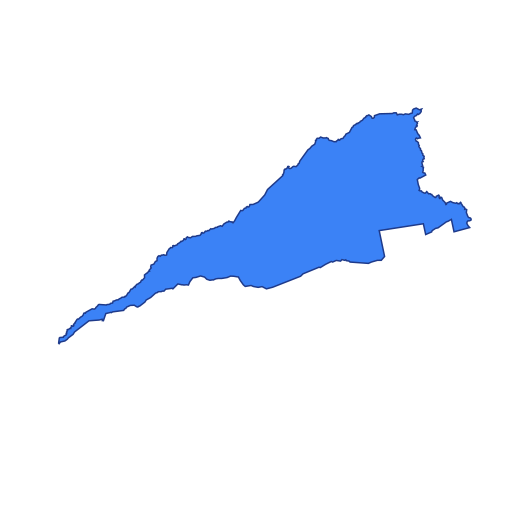 outline of Ancasti, Catamarca, Argentina, rotated 62°
{"feature_id": "61730980B28877560844945", "entity_name": "Ancasti", "entity_type": "district", "adm_level": 2, "iso_a3": "ARG", "parent_name": "Argentina", "parent_adm1": "Catamarca", "projection": "albers", "projection_center": [-65.553, -29.088], "detail": "fine", "context": "isolated", "style": "filled", "palette": "blue", "viewbox_px": 512, "rotation_deg": 62, "n_neighbors": 0, "source": "geoboundaries", "source_scale": "gbopen_adm2", "svg_char_len": 5997}
<svg xmlns="http://www.w3.org/2000/svg" viewBox="0 0 512 512"><g transform="rotate(62 256 256)"><path d="M331.2,54.0L328.6,54.6L325.9,54.5L324.8,53.3L324.5,52.3L325.1,51.1L325.3,49.7L325.1,49.1L324.1,48.7L323.2,48.8L321.8,50.2L320.7,50.4L316.4,49.9L314.0,48.2L312.8,49.0L312.7,49.8L311.8,49.2L310.7,49.1L309.7,49.9L306.6,50.1L305.5,50.5L305.1,50.0L304.6,50.2L305.3,52.3L304.6,52.7L304.4,53.4L303.2,53.7L303.2,54.9L301.2,57.2L299.1,58.6L298.8,63.0L299.8,63.6L299.7,64.2L297.6,63.9L294.3,64.9L291.5,64.6L290.8,65.3L291.6,66.5L291.4,66.9L290.5,66.9L288.9,66.0L288.0,66.1L287.9,68.8L288.7,69.7L288.5,70.4L285.4,71.9L284.2,71.9L283.6,72.7L282.7,73.0L282.1,74.4L279.3,75.0L280.0,76.9L279.6,77.7L277.5,79.3L276.2,79.4L275.5,80.6L274.6,81.2L273.8,80.1L272.8,79.7L269.2,79.2L264.2,77.7L263.6,75.1L264.2,74.7L264.2,68.1L262.0,68.0L261.0,69.3L260.3,69.5L259.1,68.3L257.5,67.5L257.1,67.4L256.9,67.8L257.0,67.0L256.3,66.5L254.8,67.4L254.9,66.7L254.4,66.4L251.9,65.9L250.9,65.3L251.1,64.1L250.2,64.1L249.0,63.3L249.1,61.8L248.0,61.6L246.9,60.7L245.4,61.4L244.2,60.7L243.1,61.1L240.7,60.5L239.6,61.0L238.6,60.4L236.2,60.8L235.5,60.7L235.1,60.0L233.6,60.1L232.1,59.4L230.4,60.0L230.0,60.6L228.0,60.5L227.2,59.7L227.2,58.8L228.3,58.3L228.2,57.5L228.9,55.4L225.8,55.2L225.2,55.6L223.2,55.7L219.8,55.4L219.0,56.5L217.6,55.1L217.0,53.7L217.2,53.1L216.6,52.5L215.9,52.9L214.7,51.2L213.7,51.2L213.5,50.7L213.3,51.4L212.1,51.6L211.2,52.4L209.8,51.9L208.8,52.1L207.7,51.8L207.0,49.7L207.3,48.9L206.5,46.8L207.2,46.5L207.1,44.5L206.1,42.4L204.4,41.5L204.0,40.8L203.8,41.6L204.2,42.3L203.5,43.1L200.6,45.1L200.2,47.9L200.7,49.3L203.0,50.8L203.2,51.4L202.7,52.3L202.7,54.5L200.6,57.5L200.5,59.4L199.1,61.0L198.1,62.9L197.7,65.0L195.5,64.9L195.2,65.4L194.3,67.1L194.2,68.7L188.5,80.1L187.7,85.5L189.2,86.5L189.4,87.9L188.9,88.8L187.0,88.7L184.4,90.1L184.4,92.1L184.1,92.4L184.6,93.9L185.1,94.1L185.0,96.0L186.1,98.3L186.1,100.7L186.7,101.8L186.5,103.4L186.9,104.0L186.3,104.6L186.5,106.0L186.8,106.3L186.6,108.0L186.8,108.9L187.5,109.5L187.6,110.9L190.7,115.5L190.6,119.4L191.7,120.9L191.9,122.0L193.0,124.0L192.4,125.8L193.0,127.9L192.5,128.4L191.9,128.3L191.7,128.8L192.2,129.3L192.3,131.1L192.7,131.5L191.7,133.5L189.6,135.2L188.3,137.0L187.0,137.3L186.2,137.0L184.5,138.3L184.6,138.8L183.3,141.3L181.3,143.1L181.7,145.0L180.8,146.7L181.3,147.9L182.0,148.2L181.9,149.2L183.1,149.7L184.9,151.7L185.2,155.1L186.4,158.1L186.6,160.2L192.8,172.8L194.4,174.4L194.4,175.4L195.2,176.2L195.9,178.6L194.5,180.6L194.4,181.5L195.0,183.7L194.7,185.1L193.3,186.1L192.5,184.9L192.0,185.4L191.9,186.0L192.7,186.6L193.3,188.9L192.8,189.5L193.4,190.5L193.3,190.8L195.3,192.1L196.7,193.7L196.8,194.4L197.6,194.6L202.7,214.6L206.2,219.6L209.3,228.1L209.5,229.2L209.1,234.4L207.7,237.2L208.8,238.3L209.3,239.2L208.8,240.2L208.2,240.5L208.3,241.7L208.9,242.2L208.5,243.9L209.6,246.3L209.4,247.2L208.6,248.1L212.7,255.1L215.0,258.5L215.9,260.7L215.2,261.2L214.8,261.0L213.4,263.0L212.4,263.5L212.9,264.9L212.4,265.7L212.6,269.3L213.9,272.0L212.7,273.0L212.2,276.0L212.5,276.6L211.7,278.6L212.1,279.6L211.3,282.6L210.7,283.1L211.5,285.8L210.9,286.5L211.0,287.5L210.7,288.9L210.3,289.1L211.2,291.2L210.8,292.3L210.0,292.5L209.9,293.1L210.4,293.9L210.8,294.0L211.5,295.7L210.4,298.7L210.3,300.2L208.9,302.9L209.2,305.2L207.8,307.1L206.9,307.6L207.2,309.1L208.2,309.8L208.3,310.7L207.1,311.2L207.0,311.5L207.8,312.3L208.2,313.4L208.2,315.1L207.8,315.3L208.4,317.1L208.5,319.5L209.1,320.3L208.7,323.5L208.1,323.8L207.9,324.6L208.9,325.2L209.3,326.0L208.4,327.5L208.9,328.2L208.8,329.1L211.1,333.1L213.1,334.4L213.1,335.0L212.2,336.6L211.6,336.8L211.1,338.9L210.8,339.2L211.3,340.6L210.2,341.5L210.4,342.9L211.5,344.4L213.7,345.6L213.6,347.4L215.2,350.0L214.8,352.9L216.3,354.2L217.3,354.1L218.4,357.0L219.4,357.1L219.1,358.1L220.0,359.8L219.8,360.3L220.4,363.4L222.9,364.6L224.0,367.6L223.6,368.1L224.1,369.3L225.0,370.3L224.9,371.6L225.3,372.7L225.1,374.7L226.0,376.6L226.6,377.2L226.0,377.4L227.0,380.6L226.6,382.0L228.6,385.2L228.6,386.5L229.8,388.3L230.4,389.9L230.1,390.8L230.6,391.2L229.5,393.8L229.8,395.5L229.6,396.8L230.0,398.1L229.3,399.9L229.2,402.1L228.8,403.4L230.2,404.7L229.5,406.8L229.9,407.3L229.8,408.3L228.9,410.5L229.0,411.1L225.1,417.3L225.1,418.2L225.7,419.3L226.3,421.6L226.9,422.3L227.0,423.7L225.7,425.5L225.8,432.6L226.4,433.5L225.7,434.3L225.7,434.9L227.1,436.5L227.6,437.8L227.6,439.5L228.4,442.4L227.9,443.1L228.0,443.8L229.9,447.2L230.2,447.1L230.7,449.2L231.6,449.4L232.2,450.0L232.0,450.7L231.8,450.5L231.0,451.7L231.8,452.2L232.4,453.4L233.0,453.6L232.5,454.7L232.9,456.2L232.4,456.9L232.5,457.4L233.8,458.1L234.2,459.0L234.7,459.0L235.5,460.1L235.9,459.8L236.7,461.1L236.5,462.2L236.7,463.7L237.3,464.2L235.9,467.4L236.1,468.2L240.3,471.2L241.0,471.0L240.1,469.0L241.3,464.6L240.9,461.7L240.2,460.1L239.3,454.3L237.9,451.9L234.8,433.9L238.9,424.5L239.6,421.6L240.0,421.2L240.9,422.0L241.5,421.1L236.3,415.6L237.6,410.7L238.1,410.3L238.0,408.9L241.9,398.4L241.0,396.7L241.2,395.6L240.4,394.3L240.6,390.2L242.3,386.6L244.8,385.2L245.6,384.3L245.4,383.1L245.6,382.1L244.5,375.7L243.3,373.6L243.2,368.5L241.6,362.1L242.0,360.0L241.6,359.1L243.0,356.4L243.0,355.3L243.8,353.7L242.9,351.3L245.2,345.1L246.0,344.8L244.0,338.1L246.8,334.8L247.0,334.1L247.8,333.3L248.7,331.0L249.9,329.3L247.6,326.4L245.6,322.0L246.7,319.1L247.6,314.3L250.5,311.3L253.4,310.4L255.8,308.1L256.7,305.5L257.1,305.0L257.3,302.2L258.1,299.9L259.7,296.9L261.5,291.5L261.8,287.9L263.4,285.2L266.3,281.4L270.2,281.4L275.5,280.7L277.8,279.8L279.7,274.2L281.7,272.6L284.7,268.8L285.9,265.0L289.9,262.2L291.4,255.9L294.8,226.1L293.8,222.8L295.5,205.6L296.4,204.7L296.0,198.5L296.2,192.1L297.3,191.2L297.6,187.2L300.2,183.7L299.5,181.8L301.4,179.8L301.5,178.5L302.5,178.5L304.1,176.3L305.5,175.8L315.3,160.2L315.5,157.0L316.8,150.9L318.6,147.4L316.8,142.7L291.4,135.3L306.1,93.1L316.7,96.1L317.2,89.6L316.3,88.6L315.9,84.5L316.6,82.1L315.2,71.7L315.5,70.3L315.4,66.3L327.6,69.8L331.2,54.0Z" fill="#3b82f6" stroke="#1e3a8a" stroke-width="1.5"/></g></svg>